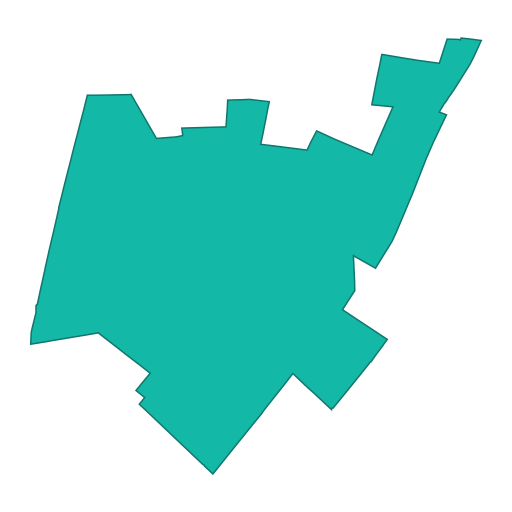 the district of Dudesti, Braila, Romania
{"feature_id": "2599482B13678396959351", "entity_name": "Dudesti", "entity_type": "district", "adm_level": 2, "iso_a3": "ROU", "parent_name": "Romania", "parent_adm1": "Braila", "projection": "albers", "projection_center": [27.465, 44.874], "detail": "fine", "context": "isolated", "style": "filled", "palette": "teal", "viewbox_px": 512, "rotation_deg": 0, "n_neighbors": 0, "source": "geoboundaries", "source_scale": "gbopen_adm2", "svg_char_len": 2792}
<svg xmlns="http://www.w3.org/2000/svg" viewBox="0 0 512 512"><path d="M354.6,281.5L354.5,279.5L353.7,261.8L353.4,255.7L353.6,255.8L356.7,257.6L370.0,265.1L375.5,268.2L387.7,248.4L387.8,248.4L392.3,240.9L396.2,232.4L399.3,225.1L406.1,209.0L406.1,208.9L412.5,193.7L426.2,158.7L434.0,140.8L434.3,140.3L442.7,122.7L443.0,122.1L446.5,114.8L440.1,112.4L439.2,112.1L439.9,110.9L442.8,106.1L443.8,104.3L446.3,101.2L448.4,97.7L451.0,94.1L452.8,91.5L454.6,88.8L458.1,83.3L461.4,78.0L462.9,75.6L464.6,72.9L466.4,70.1L470.1,64.1L471.5,61.3L474.0,56.4L478.2,47.2L479.1,45.2L481.0,41.0L481.3,40.5L479.7,40.3L474.5,39.6L474.1,39.5L462.0,38.1L461.1,38.0L460.7,39.3L460.5,40.0L458.8,39.4L447.1,39.1L439.3,63.3L429.2,61.9L419.1,60.5L417.9,60.4L417.0,60.2L404.5,58.2L381.9,54.4L381.7,54.9L380.1,63.2L377.0,77.7L372.1,103.2L371.8,104.8L393.0,106.8L382.9,129.8L378.7,139.4L372.1,155.0L337.3,140.3L334.7,139.2L320.6,132.7L316.6,130.9L310.4,142.9L307.1,150.1L288.2,147.7L260.7,144.3L262.5,135.9L264.3,126.8L264.3,126.7L265.9,118.8L267.4,110.7L268.1,107.3L269.3,101.7L249.6,99.4L249.4,99.4L242.5,99.7L227.7,100.1L227.2,109.9L226.6,118.0L226.0,126.8L225.8,126.9L210.3,127.3L210.2,127.3L181.8,128.1L182.4,132.8L182.5,133.0L182.6,133.7L182.6,134.4L182.6,134.7L182.7,135.6L176.0,136.9L156.4,138.4L143.7,116.3L135.2,101.6L134.6,100.6L133.3,98.2L131.5,95.1L131.0,94.3L130.5,94.6L129.0,94.6L109.8,95.0L95.8,95.2L89.5,95.2L87.3,95.2L87.2,95.8L86.8,97.3L83.8,109.5L82.7,113.7L81.6,117.9L79.4,126.3L77.2,134.9L74.9,143.6L72.8,151.8L70.7,160.3L68.1,170.3L64.3,185.3L62.1,194.2L61.2,197.9L58.6,208.1L58.8,208.5L56.3,219.6L52.3,237.1L52.2,237.3L48.8,251.8L48.3,254.1L45.3,267.4L44.5,271.5L42.8,279.1L41.1,286.7L37.7,302.6L37.2,304.7L36.7,304.8L36.3,305.1L36.1,305.4L36.0,305.8L36.0,306.0L36.0,307.8L36.0,311.8L35.8,313.8L35.6,314.3L32.1,328.3L31.2,332.9L30.7,343.9L30.7,344.2L39.4,342.8L47.4,341.5L51.6,340.7L76.2,336.6L87.2,334.8L96.9,333.1L98.2,332.8L99.7,334.0L112.2,343.7L116.3,346.9L127.3,355.5L141.3,366.2L149.8,373.0L150.2,373.2L146.3,377.9L143.0,381.9L141.1,384.2L136.0,390.5L138.2,392.3L142.8,396.0L144.7,397.5L139.3,404.2L142.2,406.9L176.5,439.5L178.6,441.5L189.6,451.9L192.8,455.0L196.1,458.1L203.1,464.7L203.6,464.8L204.0,465.1L204.4,465.3L204.6,465.6L204.5,466.1L207.8,469.2L212.7,473.8L212.9,474.0L234.8,446.7L250.4,427.4L262.3,412.8L263.1,411.4L265.8,407.9L283.8,385.2L292.9,373.5L305.1,385.2L314.2,393.4L331.5,409.6L331.5,408.9L331.5,408.5L331.7,408.3L331.8,408.1L332.5,408.1L333.1,408.1L349.8,387.6L360.8,374.0L366.3,367.1L369.5,363.1L369.4,362.9L370.1,362.1L371.0,361.9L372.4,359.8L376.4,354.2L379.1,350.6L382.4,346.2L384.2,343.6L386.2,340.9L387.3,339.4L355.5,318.4L346.7,312.5L342.5,309.7L350.4,297.4L352.1,294.8L354.8,290.6L354.7,288.2L354.6,281.5Z" fill="#14b8a6" stroke="#0f766e" stroke-width="1.5"/></svg>